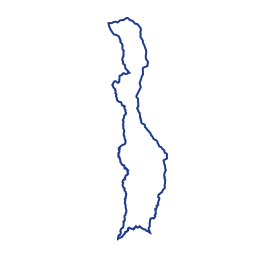 outline of Mathioya, Central, Kenya, rotated 76°
{"feature_id": "3690345B56624904262086", "entity_name": "Mathioya", "entity_type": "district", "adm_level": 2, "iso_a3": "KEN", "parent_name": "Kenya", "parent_adm1": "Central", "projection": "albers", "projection_center": [36.931, -0.636], "detail": "fine", "context": "isolated", "style": "outline", "palette": "blue", "viewbox_px": 256, "rotation_deg": 76, "n_neighbors": 0, "source": "geoboundaries", "source_scale": "gbopen_adm2", "svg_char_len": 5965}
<svg xmlns="http://www.w3.org/2000/svg" viewBox="0 0 256 256"><g transform="rotate(76 128 128)"><path d="M230.0,163.1L232.3,164.3L233.2,164.5L233.0,164.0L232.3,163.4L232.6,162.4L232.2,160.0L231.7,159.8L230.9,158.3L230.0,157.4L229.3,156.2L228.8,155.9L228.3,156.0L228.1,155.7L228.3,154.5L228.0,153.5L227.6,153.6L227.1,152.5L226.5,152.3L225.8,152.6L225.4,152.1L225.4,151.5L225.0,151.2L225.2,150.7L225.6,150.5L226.7,148.9L227.0,147.7L226.9,147.2L227.7,147.0L227.3,146.2L226.0,145.3L225.7,144.3L225.3,144.0L227.0,142.9L227.1,142.4L226.7,141.2L226.1,140.5L226.4,140.2L227.3,139.8L229.9,137.6L230.4,136.1L232.0,135.3L232.6,134.1L233.8,132.9L234.7,132.3L235.0,131.9L231.3,132.4L230.1,132.1L228.3,130.5L225.7,130.1L224.7,129.5L223.9,129.3L223.4,129.0L222.9,128.9L222.2,128.4L221.7,128.3L221.3,127.8L221.3,125.9L221.5,125.5L222.0,125.2L222.0,124.7L221.6,124.4L220.6,123.0L220.1,122.9L219.2,123.2L218.8,122.9L218.4,122.1L217.8,122.0L217.5,121.6L215.7,121.5L214.8,121.0L214.4,120.9L214.0,121.2L213.4,121.4L213.0,120.2L211.9,119.2L210.3,119.1L210.3,117.9L209.7,117.1L209.1,117.1L208.5,117.3L206.9,116.3L206.3,116.1L204.2,114.6L203.2,114.8L202.3,115.5L201.1,114.8L200.1,114.6L199.8,114.1L199.6,113.0L198.7,111.6L198.5,110.6L196.4,109.0L195.4,107.2L194.8,106.6L193.8,106.6L192.9,106.3L192.5,106.4L190.4,105.4L187.1,104.4L186.1,104.8L185.6,104.8L184.6,104.2L184.3,104.5L183.0,104.5L180.3,103.3L179.7,102.7L178.9,102.3L178.5,102.0L178.3,101.6L177.8,101.4L176.2,101.7L175.6,101.5L174.1,101.4L173.6,101.2L172.5,101.4L168.3,101.4L167.8,100.9L167.3,98.3L167.0,97.6L166.5,97.3L164.5,97.2L164.0,96.8L163.1,96.5L162.1,96.8L161.2,98.0L160.7,98.3L159.4,98.4L159.0,98.2L158.4,98.2L157.9,98.5L157.1,99.4L154.7,100.4L153.2,102.2L151.7,102.3L149.7,102.9L148.1,102.9L146.3,104.0L145.6,105.2L144.1,106.1L142.9,106.2L141.2,106.9L140.9,107.3L138.8,107.4L138.3,107.6L136.2,108.7L135.7,108.7L134.6,109.8L132.7,110.2L132.4,110.6L132.0,110.7L131.6,111.1L131.2,111.3L130.2,111.2L129.3,110.8L128.7,111.1L126.8,113.4L125.9,113.8L125.0,113.7L124.0,113.4L123.5,113.7L122.6,113.3L122.1,113.7L121.6,113.7L121.0,113.4L120.5,113.4L120.3,113.7L118.0,113.2L116.3,113.1L114.4,114.0L113.3,113.7L112.6,113.8L111.7,114.4L111.0,114.4L110.5,114.1L110.0,113.0L109.5,112.7L108.6,112.8L108.1,112.5L107.0,112.0L105.0,112.1L104.0,111.6L102.4,111.2L101.9,111.3L100.1,112.3L99.0,112.1L91.7,105.9L91.3,105.7L90.7,105.7L87.4,105.9L80.9,101.8L79.5,100.4L74.8,99.5L73.6,99.1L73.2,98.7L73.1,98.2L72.5,94.0L70.8,93.6L69.5,92.9L68.6,92.7L67.4,93.0L65.9,93.7L65.0,93.8L62.9,93.5L59.0,92.0L56.9,91.7L51.1,92.3L48.9,92.9L47.7,92.6L46.7,92.5L42.5,93.9L41.4,93.6L40.1,92.9L38.7,93.0L37.7,92.8L36.6,92.0L35.4,91.7L34.9,91.5L33.8,91.7L29.4,93.8L28.6,95.6L28.3,96.0L27.9,96.3L25.7,97.2L25.0,97.9L23.8,100.0L21.7,101.2L21.1,102.0L21.0,102.5L21.1,103.5L22.2,106.2L21.8,107.7L21.7,109.2L21.7,109.7L23.1,112.5L21.8,114.4L21.7,116.4L22.3,118.2L22.3,118.7L21.5,121.5L23.1,121.7L25.3,121.6L28.3,121.1L33.0,119.4L33.8,119.0L34.8,117.0L36.3,115.2L36.9,114.8L39.2,114.3L39.6,114.5L40.6,114.1L41.3,114.0L42.0,114.6L42.5,114.4L42.9,114.5L44.6,113.6L46.0,113.3L47.2,113.4L48.6,114.1L49.9,114.2L50.9,114.0L51.9,113.4L52.9,113.9L54.0,114.3L55.4,114.4L55.8,114.7L56.7,115.0L57.1,114.9L59.0,116.5L60.1,117.0L60.9,117.1L62.1,116.6L62.6,116.9L63.5,117.1L65.0,116.9L65.3,116.4L66.4,115.7L69.2,116.1L70.1,115.8L70.6,115.6L71.9,114.6L72.5,114.6L73.3,113.9L73.9,113.9L74.8,113.3L74.9,113.8L74.7,115.1L75.2,116.0L75.1,117.1L74.9,117.6L73.8,118.8L73.7,119.3L74.1,120.2L75.1,121.0L75.2,123.2L75.4,123.6L78.6,124.5L79.5,125.0L80.5,125.0L81.5,126.0L81.8,126.5L81.6,126.9L79.7,128.6L79.5,129.4L79.5,130.1L81.4,131.9L82.0,132.3L82.5,132.3L82.6,132.8L85.3,132.2L87.3,131.0L88.0,131.4L89.0,131.1L90.1,131.3L90.5,131.6L90.9,131.6L91.4,131.8L92.1,131.2L92.5,131.1L93.0,131.1L93.2,131.5L94.0,132.1L96.6,131.5L97.9,131.9L99.1,131.5L99.9,130.9L100.1,130.4L100.8,129.7L101.1,128.8L101.5,128.4L104.5,128.3L105.2,127.3L105.3,126.7L106.3,125.9L106.9,126.6L107.6,126.6L108.8,126.6L109.9,126.1L111.9,126.6L112.9,126.2L113.3,126.6L114.2,126.9L114.1,127.3L114.3,127.7L115.3,128.9L116.2,129.1L117.1,129.6L117.7,129.7L118.3,130.5L119.0,131.1L119.6,131.1L120.5,130.7L120.9,131.1L122.2,131.3L123.7,132.1L124.6,132.1L125.0,132.0L126.9,132.7L128.3,132.4L128.9,132.5L130.4,132.4L131.6,133.3L133.1,133.6L133.6,133.9L134.2,133.7L134.6,133.9L135.2,133.6L135.8,133.6L136.6,133.8L137.8,133.8L139.4,133.3L140.2,133.8L140.7,133.9L141.2,133.8L141.6,133.9L142.6,134.7L142.9,135.2L143.1,137.4L144.0,139.7L145.0,141.4L145.3,141.0L146.2,141.0L146.6,141.2L146.6,142.1L148.5,141.9L149.1,142.0L149.7,142.9L150.2,143.0L150.2,143.4L151.0,143.8L152.0,143.7L152.7,144.0L153.0,143.7L153.4,144.1L153.7,143.6L154.3,143.6L154.6,143.3L155.0,143.6L155.5,143.6L156.3,143.3L157.5,143.2L158.0,143.3L158.3,143.6L158.8,143.4L159.4,143.5L160.5,143.0L161.6,142.9L162.7,142.3L163.1,141.1L163.5,140.6L164.1,140.9L166.5,141.1L166.9,140.7L166.9,140.1L166.5,139.7L167.8,138.8L168.4,138.7L169.1,138.3L169.2,138.8L169.5,139.1L169.9,138.6L170.2,138.9L170.7,139.0L172.0,138.8L172.5,139.1L172.6,139.8L173.2,139.9L173.7,141.8L175.5,142.7L175.5,143.2L175.9,143.6L176.5,143.6L176.9,143.3L177.5,144.7L177.4,145.2L177.6,145.6L179.0,146.4L179.5,146.4L179.9,146.0L180.5,146.0L181.7,146.9L182.3,147.0L182.8,147.2L184.9,146.7L185.8,145.8L186.3,146.0L187.0,146.5L187.4,146.6L189.5,145.7L190.7,145.9L191.5,145.6L192.5,145.9L192.9,146.3L193.9,146.6L194.3,147.1L195.0,147.3L195.5,147.1L195.8,147.5L196.0,148.1L196.4,148.4L198.0,148.3L198.4,148.6L200.1,149.2L200.7,149.3L201.8,148.9L204.9,149.6L205.6,149.5L206.6,149.6L207.7,149.4L208.5,149.9L209.3,150.0L209.8,150.4L209.9,150.8L210.4,150.9L211.8,151.6L212.3,152.5L212.6,152.7L214.0,153.0L215.1,153.0L216.6,153.4L217.4,154.0L217.4,154.8L217.7,155.2L218.8,155.0L220.1,155.6L221.9,156.1L222.9,156.5L223.3,156.8L223.5,157.7L223.9,157.9L224.3,159.1L224.6,159.4L226.2,160.4L226.7,160.4L227.0,160.1L227.9,160.2L229.8,161.7L229.7,162.7L230.0,163.1Z" fill="none" stroke="#1e3a8a" stroke-width="2"/></g></svg>